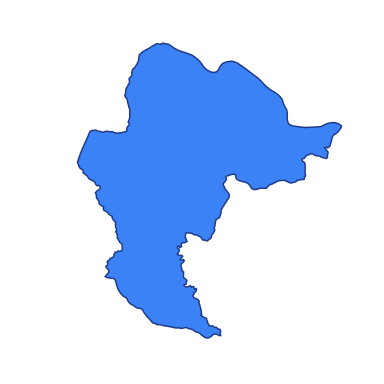 Palmas, Tocantins, Brazil (Mercator projection), rotated 110°
{"feature_id": "56859067B14401929035087", "entity_name": "Palmas", "entity_type": "district", "adm_level": 2, "iso_a3": "BRA", "parent_name": "Brazil", "parent_adm1": "Tocantins", "projection": "mercator", "projection_center": [-48.104, -10.192], "detail": "fine", "context": "isolated", "style": "filled", "palette": "blue", "viewbox_px": 384, "rotation_deg": 110, "n_neighbors": 0, "source": "geoboundaries", "source_scale": "gbopen_adm2", "svg_char_len": 6016}
<svg xmlns="http://www.w3.org/2000/svg" viewBox="0 0 384 384"><g transform="rotate(110 192 192)"><path d="M141.6,91.0L139.7,91.2L137.8,90.9L134.6,92.6L127.3,95.2L125.9,96.2L125.4,98.1L124.6,99.6L123.1,99.6L122.0,98.0L119.1,97.2L117.9,96.2L116.1,93.9L115.0,92.7L115.0,90.8L115.5,89.4L115.5,87.5L114.8,85.5L114.8,83.5L115.1,81.2L114.6,79.4L114.6,77.5L113.3,76.4L111.4,77.3L109.4,77.4L108.0,77.8L105.0,82.5L104.0,81.2L104.1,79.6L102.9,78.7L101.3,78.0L99.3,78.4L97.8,78.3L94.3,78.8L92.8,78.9L91.3,78.7L89.6,78.3L88.5,76.9L86.9,76.2L85.2,75.2L80.9,74.0L78.8,74.1L78.0,76.2L77.8,77.7L77.9,81.2L78.5,83.1L79.3,84.9L81.2,88.0L83.8,90.9L85.3,92.0L86.6,93.6L87.9,96.3L92.5,107.3L93.0,108.9L93.9,112.6L95.3,119.3L95.4,122.2L95.2,123.8L93.9,125.7L91.0,127.4L85.3,129.5L82.3,131.1L81.3,132.6L79.4,134.8L76.3,137.4L75.3,138.0L73.9,139.3L72.3,141.8L71.0,144.8L70.3,147.3L69.1,153.2L68.2,156.3L66.8,160.0L64.1,165.1L62.6,168.5L61.7,171.1L61.1,173.5L58.0,183.3L55.5,192.6L55.2,194.5L55.2,197.0L55.3,198.5L55.8,200.2L58.3,204.5L59.9,206.4L61.9,207.8L65.8,208.7L68.3,208.9L70.4,209.9L71.5,211.0L72.6,213.8L72.7,215.8L72.3,219.2L71.9,220.6L70.4,223.8L67.6,227.7L66.5,229.7L65.3,232.4L64.0,236.3L63.5,238.3L63.3,241.1L63.4,246.5L63.6,250.8L63.5,254.1L62.8,258.3L61.6,262.8L61.2,265.1L61.9,268.1L62.0,270.3L63.4,271.3L63.8,272.5L64.4,273.6L64.4,275.1L65.0,276.3L66.9,277.8L68.4,279.2L70.8,280.8L76.5,285.9L79.9,287.9L81.2,288.3L82.6,288.2L86.9,287.2L91.4,287.5L92.9,288.1L94.7,288.3L96.2,289.5L98.1,289.7L100.4,289.5L102.0,288.7L103.5,288.4L107.0,289.9L109.7,288.4L111.2,288.3L114.6,288.7L115.9,289.1L117.6,289.2L120.8,288.6L122.5,288.0L124.1,288.3L125.7,286.8L126.6,285.1L127.6,284.3L130.7,282.5L132.3,281.2L133.7,280.5L135.7,278.6L137.2,278.3L143.0,276.0L145.6,275.8L147.1,276.0L148.4,275.7L149.3,274.4L150.5,273.9L152.8,275.0L154.1,275.0L157.2,274.3L158.5,275.5L159.2,277.1L160.5,278.2L160.7,279.6L161.7,281.2L162.6,282.9L162.6,284.3L162.8,285.9L162.4,287.1L163.1,288.6L163.8,291.7L164.4,293.8L165.6,295.0L166.4,296.2L166.5,299.7L167.2,301.4L166.7,302.7L166.9,304.0L168.2,306.6L169.8,308.5L189.3,309.8L197.3,310.0L203.2,309.8L204.8,308.4L206.6,307.0L208.0,305.2L208.4,303.7L208.6,302.0L209.8,301.3L211.1,300.9L211.7,299.8L211.7,298.4L212.4,297.3L212.9,295.8L213.9,294.5L214.9,292.9L215.2,290.7L215.2,288.5L215.8,286.9L217.1,285.8L218.2,284.4L218.6,283.0L217.6,281.9L218.0,280.6L219.1,279.6L220.4,279.7L221.7,280.3L222.6,281.2L224.0,281.9L226.0,282.5L226.9,281.2L228.6,280.4L230.3,279.7L232.0,277.0L233.3,275.9L234.9,275.1L236.1,271.3L236.3,269.8L238.0,269.6L239.4,268.5L239.8,265.5L240.4,263.7L241.5,262.5L242.2,258.6L243.7,258.1L245.7,255.6L246.3,253.7L247.4,253.1L248.9,252.8L250.8,251.9L252.5,250.4L254.2,249.8L255.5,250.1L256.5,248.7L257.8,247.6L259.0,246.9L260.6,246.7L261.5,245.4L262.8,244.1L263.9,242.9L264.4,241.1L265.7,239.5L269.4,238.0L271.0,237.7L272.4,239.5L272.8,241.4L274.2,242.2L274.9,243.6L277.3,244.0L278.9,243.4L280.1,243.9L281.3,244.7L282.4,246.2L284.3,246.3L285.2,247.4L286.7,247.8L287.9,246.5L289.8,246.5L291.3,247.5L292.5,246.6L293.4,244.4L294.5,243.0L296.3,242.9L299.4,244.1L301.2,244.6L301.4,242.9L301.2,241.1L300.3,237.6L300.1,236.2L300.4,234.9L301.2,233.8L302.4,232.8L307.7,229.2L308.7,228.2L310.6,225.8L312.5,223.0L313.2,221.4L314.0,217.6L314.9,216.1L316.3,215.0L317.2,213.6L318.2,211.6L318.5,210.1L318.6,208.4L319.0,206.9L319.6,205.2L319.7,203.4L319.3,201.3L319.1,199.3L319.9,197.7L321.5,196.1L322.6,194.3L324.8,191.2L325.4,189.4L327.4,186.1L328.2,184.4L328.4,182.9L328.1,181.3L328.8,179.8L328.0,178.3L327.8,176.8L327.3,174.9L327.4,173.5L326.0,166.2L325.5,161.7L324.9,159.7L324.2,158.2L324.0,156.5L323.7,155.0L321.7,152.0L321.2,150.1L321.6,148.5L321.2,145.8L321.2,144.1L321.5,142.7L322.1,141.0L321.9,137.5L322.2,136.1L323.0,134.7L324.2,130.0L324.2,128.6L323.8,127.1L322.5,125.7L321.2,124.6L319.5,123.8L318.2,122.9L317.5,121.6L317.2,119.8L317.6,117.8L317.1,115.9L316.0,116.8L313.0,117.5L311.5,118.7L311.8,120.0L311.4,121.7L310.8,122.9L311.5,124.9L310.9,126.2L310.8,127.5L311.6,128.7L311.6,130.4L310.5,131.3L309.6,132.6L308.1,133.4L307.1,134.5L305.8,135.1L305.6,138.3L305.1,141.5L304.0,140.9L302.8,141.7L300.0,142.9L298.5,144.1L295.1,146.3L293.8,147.7L292.3,147.7L291.4,149.1L290.7,151.0L290.8,152.3L290.6,153.7L290.1,155.1L289.1,155.9L287.6,155.1L286.2,155.9L285.4,154.9L284.0,154.3L282.2,154.3L281.3,155.1L282.3,156.4L281.3,157.4L280.2,158.1L281.6,160.1L280.6,161.5L282.6,163.6L283.3,165.4L282.9,167.0L281.7,167.8L280.6,166.0L279.5,166.4L278.2,166.4L276.9,166.6L276.0,168.2L275.6,170.2L274.3,171.1L272.8,171.7L269.9,172.6L270.0,174.0L268.7,174.3L267.7,175.8L266.3,176.1L264.6,177.4L262.5,177.2L260.9,176.0L259.0,175.9L258.4,177.1L259.5,178.1L259.8,179.9L258.2,179.8L256.9,179.1L255.6,178.8L255.0,180.1L256.1,182.9L255.4,184.7L254.0,184.0L252.6,183.9L251.3,183.9L250.0,184.9L249.5,186.6L247.8,187.0L247.4,185.7L248.3,184.4L246.9,183.1L245.2,184.1L243.7,184.3L242.6,182.7L241.7,181.1L240.3,179.8L238.0,181.6L237.3,182.7L234.0,183.6L232.6,183.6L231.9,182.2L231.6,180.7L230.9,179.1L231.1,177.1L231.4,175.1L230.8,173.7L231.3,168.6L233.5,165.3L232.8,163.9L233.1,162.1L232.3,160.4L230.9,160.0L229.7,158.9L228.2,158.4L225.5,158.8L224.4,158.2L220.9,157.6L219.5,157.7L218.5,159.0L216.4,158.8L214.2,159.3L212.8,159.7L211.4,159.7L209.7,160.0L206.5,157.3L205.2,157.5L203.3,157.4L201.2,157.7L199.1,158.4L194.7,157.8L193.5,157.3L192.1,157.2L188.9,156.3L187.3,156.2L186.0,155.6L184.6,155.4L182.7,155.7L181.4,156.3L180.3,157.9L177.2,162.7L175.6,163.9L174.5,165.1L173.1,165.4L170.4,164.3L168.7,164.1L167.3,164.6L165.7,165.5L162.4,161.4L161.3,159.6L160.7,157.3L161.9,156.3L163.2,155.9L164.3,154.9L165.1,153.0L165.0,148.5L164.5,144.6L164.8,143.0L165.1,141.6L165.8,140.3L167.8,137.7L168.5,136.3L168.6,134.8L167.3,131.8L165.3,129.5L164.6,128.0L163.7,124.9L162.9,123.3L161.2,122.6L159.5,122.1L158.1,120.8L157.0,119.3L155.8,118.2L152.0,114.7L150.0,110.8L149.4,108.8L149.9,103.2L149.6,101.9L147.4,98.5L146.3,97.5L144.5,96.6L144.1,95.2L142.9,93.7L142.5,92.0L141.6,91.0Z" fill="#3b82f6" stroke="#1e3a8a" stroke-width="1.5"/></g></svg>